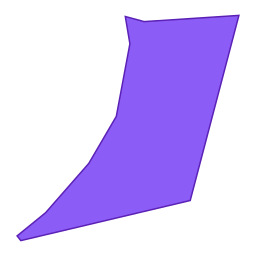 the City of San Fernando
{"feature_id": "TTO-62", "entity_name": "San Fernando", "entity_type": "City", "adm_level": 1, "iso_a3": "TTO", "parent_name": "Trinidad and Tobago", "parent_adm1": "", "projection": "albers", "projection_center": [-61.466, 10.279], "detail": "fine", "context": "isolated", "style": "filled", "palette": "violet", "viewbox_px": 256, "rotation_deg": 0, "n_neighbors": 0, "source": "natural_earth", "source_scale": "10m", "svg_char_len": 255}
<svg xmlns="http://www.w3.org/2000/svg" viewBox="0 0 256 256"><path d="M17.1,235.9L45.6,212.7L88.8,163.4L116.3,116.4L129.9,43.8L125.3,16.5L144.1,21.6L238.9,15.4L190.2,200.5L20.8,240.6L17.1,235.9Z" fill="#8b5cf6" stroke="#5b21b6" stroke-width="1.5"/></svg>